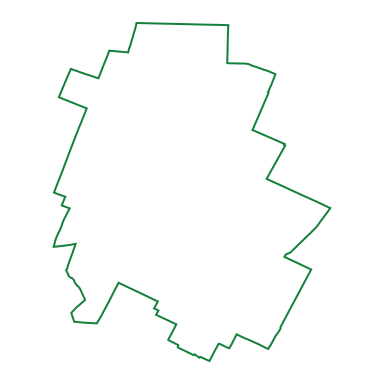 Vlad Tepes, Calarasi, Romania
{"feature_id": "2599482B30900908751152", "entity_name": "Vlad Tepes", "entity_type": "district", "adm_level": 2, "iso_a3": "ROU", "parent_name": "Romania", "parent_adm1": "Calarasi", "projection": "equal_earth", "projection_center": [27.074, 44.378], "detail": "fine", "context": "isolated", "style": "outline", "palette": "green", "viewbox_px": 384, "rotation_deg": 0, "n_neighbors": 0, "source": "geoboundaries", "source_scale": "gbopen_adm2", "svg_char_len": 3743}
<svg xmlns="http://www.w3.org/2000/svg" viewBox="0 0 384 384"><path d="M110.2,299.0L112.8,293.8L115.7,288.3L118.6,282.8L126.4,286.5L141.2,293.5L157.4,301.3L157.7,301.5L157.8,301.5L157.7,301.8L154.0,308.4L158.4,310.5L156.1,314.8L176.3,324.3L174.5,327.9L170.0,336.5L168.3,339.5L168.3,339.9L168.4,340.1L168.5,340.2L178.0,344.9L178.1,345.0L178.3,345.3L178.3,345.6L177.8,346.5L177.7,346.9L177.8,347.3L178.2,347.7L180.8,348.9L193.7,355.2L194.6,354.3L199.5,357.7L200.4,356.9L209.5,361.0L212.6,355.0L215.6,349.3L218.4,344.1L218.6,343.9L218.9,343.7L219.1,343.7L219.4,343.8L220.9,344.5L222.7,345.3L224.1,346.1L225.2,346.6L228.6,348.1L229.0,348.2L229.3,348.2L229.5,348.1L231.7,344.1L233.3,340.8L234.7,338.3L236.6,334.3L242.5,337.2L245.5,338.5L250.4,340.5L253.8,342.1L258.1,344.0L268.1,349.0L268.3,348.9L269.5,346.5L269.9,346.1L270.2,346.0L271.3,343.9L275.9,335.4L276.4,334.7L277.0,334.0L277.7,333.2L280.3,329.1L280.5,328.4L280.5,328.1L280.4,327.3L280.5,327.1L292.9,303.8L303.2,284.5L307.9,275.7L311.2,269.5L299.7,264.1L289.8,259.4L284.4,256.9L284.9,255.8L285.3,255.2L286.2,254.3L287.2,253.8L290.1,252.7L290.6,252.3L297.9,245.2L306.3,237.0L310.5,233.0L316.8,226.6L321.6,219.9L323.5,217.5L325.0,215.3L326.7,213.1L328.7,210.4L329.5,209.2L330.3,208.1L329.1,207.6L321.7,204.0L319.3,203.0L315.6,201.2L312.9,200.0L308.5,198.0L303.5,195.8L299.4,193.9L297.3,192.9L292.6,190.8L290.4,189.8L286.6,188.0L284.3,186.9L281.2,185.5L277.9,184.0L276.3,183.3L266.6,178.9L285.2,145.5L284.1,145.0L284.6,144.0L252.5,130.0L252.8,129.6L253.3,128.3L254.1,126.3L254.6,125.2L255.4,123.4L256.1,121.6L257.2,119.2L258.2,116.9L259.1,114.8L259.9,112.9L260.9,110.5L261.9,108.4L263.0,105.8L264.0,103.3L265.1,100.9L266.1,98.5L267.0,96.5L267.4,95.5L268.1,93.8L268.5,92.9L267.9,92.3L268.2,91.8L268.7,90.8L270.4,86.8L271.2,85.1L271.9,83.4L272.5,81.8L272.9,80.6L274.0,78.0L274.5,76.6L274.9,75.5L275.2,74.8L275.4,74.2L273.0,73.1L270.5,72.1L268.0,71.0L262.9,69.4L260.5,68.5L259.0,68.0L255.4,66.7L255.2,66.7L252.0,65.6L250.6,65.0L249.1,64.3L248.0,64.0L246.4,63.7L245.2,63.6L244.0,63.5L242.3,63.5L238.4,63.5L234.2,63.3L230.2,63.3L227.3,63.1L227.3,58.5L227.4,55.8L227.5,53.1L227.6,50.4L227.6,47.3L227.7,43.6L227.8,39.4L227.8,38.2L227.9,35.3L228.0,32.4L228.1,30.9L228.1,29.8L228.1,29.2L228.2,26.9L228.3,25.7L228.3,25.3L228.3,25.1L225.7,25.1L222.3,25.0L220.5,25.0L220.2,24.9L203.6,24.6L188.1,24.2L157.2,23.5L136.5,23.0L135.5,27.6L134.9,30.0L134.1,32.0L132.4,38.6L131.9,39.8L129.8,47.0L129.2,47.9L129.2,48.0L128.2,52.4L122.7,51.9L118.3,51.5L114.8,51.2L112.2,51.0L111.0,50.9L109.2,50.7L107.8,54.7L102.8,67.1L99.6,75.5L98.5,78.3L97.3,77.9L95.9,77.5L92.4,76.3L89.5,75.3L87.1,74.6L83.3,73.3L79.4,72.0L78.0,71.4L73.6,69.9L71.7,69.2L70.9,68.9L67.8,75.9L61.0,92.1L59.6,95.4L58.9,97.2L61.1,98.1L63.9,99.3L67.8,100.8L70.3,101.8L73.1,102.9L76.0,104.1L78.1,105.0L81.0,106.1L84.2,107.4L86.7,108.4L84.4,114.4L83.3,117.0L81.5,121.6L78.8,128.1L75.7,136.0L75.2,137.2L71.6,146.6L66.0,161.4L62.4,171.0L54.0,192.5L57.3,193.9L61.6,195.4L62.6,195.8L65.3,196.7L61.7,205.4L69.7,208.4L69.3,209.2L68.9,209.9L67.6,212.4L66.0,215.6L64.8,217.8L63.7,220.0L62.7,222.3L62.0,224.6L61.3,226.6L60.6,228.6L59.7,230.5L58.6,232.6L57.9,234.1L57.1,235.8L56.2,238.0L55.4,240.2L54.5,243.8L53.7,246.8L56.2,246.6L69.6,245.0L75.6,243.8L75.1,245.5L71.6,255.4L69.9,260.0L68.1,265.1L67.6,266.6L67.5,267.4L67.3,268.7L66.1,270.1L66.8,271.6L67.9,273.8L68.7,275.9L70.3,277.4L72.5,278.5L73.6,279.6L74.8,282.5L76.5,285.0L78.9,287.1L80.3,289.3L81.7,292.4L83.8,297.0L85.1,300.0L82.5,302.2L79.1,305.2L75.7,308.1L71.3,312.9L72.0,315.2L74.3,321.7L77.9,322.1L82.4,322.5L87.6,322.9L89.6,323.0L91.3,323.1L93.5,323.2L96.6,323.4L96.9,323.4L97.2,322.7L98.5,320.6L100.1,318.0L109.1,301.2L110.0,299.5L110.2,299.0Z" fill="none" stroke="#15803d" stroke-width="2"/></svg>